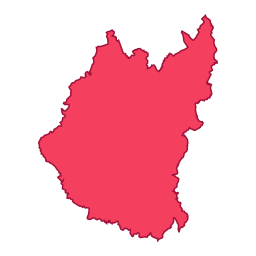 Zimapán, Hidalgo, Mexico (Robinson projection)
{"feature_id": "50627088B91446293521910", "entity_name": "Zimapán", "entity_type": "district", "adm_level": 2, "iso_a3": "MEX", "parent_name": "Mexico", "parent_adm1": "Hidalgo", "projection": "robinson", "projection_center": [-99.362, 20.762], "detail": "fine", "context": "isolated", "style": "filled", "palette": "rose", "viewbox_px": 256, "rotation_deg": 0, "n_neighbors": 0, "source": "geoboundaries", "source_scale": "gbopen_adm2", "svg_char_len": 5782}
<svg xmlns="http://www.w3.org/2000/svg" viewBox="0 0 256 256"><path d="M178.1,165.1L177.9,164.4L178.8,163.6L179.1,162.2L181.6,158.5L183.4,157.0L184.4,152.8L186.2,151.7L187.0,150.5L187.4,148.4L187.1,146.7L187.7,145.6L187.2,144.8L187.8,143.3L187.4,139.5L185.5,136.6L184.8,136.5L185.0,136.0L182.3,135.3L182.3,134.9L183.0,133.7L183.8,133.8L183.5,133.1L184.3,132.0L185.7,131.9L187.2,130.2L188.5,129.8L189.4,127.7L190.6,128.8L192.8,129.3L193.5,130.1L194.9,130.3L200.2,127.4L200.5,126.4L202.3,125.0L203.1,123.0L202.3,121.7L201.6,122.0L198.9,120.9L197.9,119.0L197.0,118.3L197.4,116.7L197.0,116.4L197.0,115.4L196.1,115.1L196.3,114.3L195.4,109.7L195.8,106.6L195.3,105.7L195.5,103.3L197.6,102.8L197.1,103.2L197.7,103.5L199.0,102.2L197.9,101.5L199.2,102.0L200.0,100.4L201.1,99.9L204.3,100.8L204.9,99.6L207.2,99.3L208.2,97.7L209.8,97.8L209.9,96.9L210.8,95.7L210.5,95.0L211.2,95.0L211.8,93.8L210.5,88.2L210.7,86.3L211.5,84.8L209.3,83.5L208.7,83.8L208.9,84.6L207.7,84.2L206.9,83.5L206.9,82.4L207.6,82.7L207.6,81.1L211.0,74.4L209.6,73.1L209.4,72.1L212.4,70.3L211.2,66.7L213.1,64.6L213.9,64.8L214.5,64.4L214.7,62.7L215.7,63.2L217.3,62.9L216.9,61.2L214.0,58.8L214.3,58.0L213.8,56.4L214.3,53.3L215.7,52.0L216.7,50.2L216.3,48.5L215.1,47.0L214.0,44.0L213.8,42.0L214.3,39.9L211.2,36.0L210.7,33.9L211.9,33.0L211.2,31.3L212.4,29.6L212.3,28.7L213.1,28.2L212.8,26.3L212.1,25.8L211.3,26.1L211.5,24.2L210.5,23.2L210.4,21.2L209.6,19.8L206.3,17.6L205.4,15.4L201.8,19.0L203.3,20.4L204.1,22.0L202.7,24.0L200.4,25.8L199.8,28.2L197.6,29.6L199.0,32.2L196.4,36.4L196.3,37.3L193.4,40.1L192.4,40.0L191.6,38.8L190.3,38.0L188.7,35.1L182.0,31.1L181.5,32.3L183.1,35.4L184.0,41.4L188.0,47.4L184.3,49.6L181.0,50.8L178.9,52.6L175.8,53.9L173.5,56.0L170.3,53.4L169.7,53.4L168.7,54.5L168.7,55.9L167.1,56.0L167.2,57.6L164.8,58.3L164.8,59.9L164.3,60.8L163.6,60.6L163.8,61.5L162.2,64.3L162.4,66.2L161.6,66.8L162.1,67.6L160.6,68.6L160.8,69.3L159.7,70.2L159.2,71.5L156.6,70.0L155.3,66.7L153.9,65.0L152.8,65.4L151.9,65.1L151.2,66.7L149.7,67.8L148.3,67.9L148.1,68.5L147.5,68.6L147.6,65.9L146.8,65.6L146.5,64.2L147.5,63.4L147.7,60.8L145.9,58.5L146.1,57.8L148.0,56.0L147.9,53.1L146.9,52.9L145.8,51.7L144.7,52.0L144.0,51.3L143.9,50.4L142.5,50.6L140.2,48.6L137.8,48.7L137.2,49.3L135.8,49.6L136.3,50.0L134.4,50.3L132.7,51.3L133.2,52.7L134.7,53.8L134.4,55.4L132.0,55.2L129.2,58.2L128.3,58.2L128.3,57.2L126.7,56.5L127.0,55.8L125.3,54.8L125.6,53.9L123.2,53.0L118.6,40.2L117.2,41.1L116.2,39.7L116.2,37.4L115.3,37.5L115.3,36.7L113.5,36.0L112.3,36.2L112.3,35.5L113.5,34.9L113.9,34.1L114.2,32.4L113.9,31.4L113.1,31.4L112.1,30.0L110.0,31.3L107.9,31.6L106.4,32.5L107.5,34.1L106.6,36.3L107.8,39.1L108.1,43.6L107.7,44.2L100.9,46.5L97.8,46.5L97.0,47.6L96.4,47.5L96.9,50.2L96.5,52.6L95.2,55.8L92.9,58.1L93.8,60.1L93.6,63.7L92.4,64.4L90.5,70.2L89.6,71.5L89.7,72.4L91.2,73.8L90.8,74.7L89.7,74.9L87.8,71.9L86.6,71.8L85.3,73.3L85.4,75.5L86.0,76.4L85.5,77.1L84.2,77.7L81.0,77.0L80.4,78.6L79.1,79.6L75.8,80.7L74.0,82.8L72.3,82.8L71.2,83.9L70.7,85.4L69.0,86.8L69.7,88.6L71.2,90.4L70.7,93.0L70.9,95.4L66.9,99.3L66.4,101.9L65.6,102.5L64.0,102.5L63.5,103.3L64.6,104.5L68.9,104.5L69.2,106.2L67.7,108.8L64.8,111.2L63.9,110.8L62.1,108.8L61.5,108.9L62.3,113.4L63.3,114.6L64.7,114.9L65.3,116.2L64.9,117.1L62.8,117.8L62.2,121.2L60.1,122.5L61.2,124.0L61.5,125.9L58.5,126.0L57.1,127.7L54.1,129.4L53.7,131.1L52.3,132.6L51.7,132.5L51.2,131.5L50.4,131.5L48.8,134.0L44.3,135.5L43.4,137.1L41.6,137.4L40.6,138.5L40.7,139.8L39.9,140.1L38.7,142.7L39.5,145.8L39.3,147.9L40.9,149.4L40.3,150.7L41.4,152.1L41.2,153.8L43.2,154.7L43.3,156.4L45.2,157.7L46.0,161.1L48.0,161.8L49.0,161.6L50.0,163.0L51.8,163.6L55.3,166.7L57.3,169.8L58.5,170.6L59.0,171.7L58.9,172.7L60.6,173.5L60.8,174.3L60.2,174.9L60.9,175.8L58.7,176.5L57.8,177.3L61.4,181.1L62.5,181.0L63.1,180.4L62.7,181.8L61.3,182.3L61.3,183.8L62.4,184.5L62.7,185.4L62.4,188.7L65.9,190.4L65.2,191.7L65.6,192.8L68.4,193.3L68.3,194.0L67.1,195.0L67.5,195.9L67.0,198.0L68.4,198.4L69.8,197.9L70.9,199.3L72.5,199.7L72.8,201.5L73.6,202.5L79.5,206.1L81.2,206.2L82.6,207.3L84.0,206.3L84.6,207.6L85.2,207.9L87.9,207.7L88.9,208.2L89.2,209.7L88.6,214.2L87.2,217.7L87.7,218.9L89.2,219.4L90.8,219.2L92.9,217.9L93.9,217.9L96.9,219.7L99.2,218.7L100.3,219.2L102.0,221.2L104.2,220.4L104.6,221.9L106.6,223.4L106.5,221.5L108.5,222.5L108.9,220.5L109.9,220.8L109.8,222.2L112.1,223.8L112.6,222.9L113.5,222.6L114.3,222.9L117.6,221.2L118.5,222.7L118.0,224.4L119.9,225.5L119.9,226.8L120.9,229.2L123.0,230.2L124.8,228.4L127.1,228.6L128.7,230.2L130.0,229.5L130.4,231.1L130.1,233.0L131.6,235.7L132.5,236.5L133.4,236.1L133.7,234.1L134.0,233.8L136.7,234.1L137.4,232.9L138.2,232.8L139.0,233.3L139.3,235.0L138.9,236.3L139.8,237.3L140.6,237.6L144.3,236.8L146.4,237.2L147.5,236.9L148.0,235.4L149.3,235.0L150.0,233.2L150.7,232.9L151.6,236.0L153.4,237.2L157.4,238.6L157.8,240.6L159.0,239.1L162.2,237.8L162.7,237.1L162.5,234.6L163.7,233.2L163.9,232.1L165.0,231.5L165.5,230.6L166.5,230.4L167.7,229.0L170.1,228.2L171.1,227.2L170.5,227.0L170.6,226.2L173.5,222.3L173.7,217.8L174.9,218.1L177.1,222.0L177.4,223.3L178.2,224.0L178.6,226.1L178.1,229.0L179.1,232.3L179.6,229.3L181.4,227.0L182.4,227.3L184.3,225.6L184.6,225.2L184.2,224.4L184.8,222.8L186.1,221.9L187.5,219.6L187.9,217.3L187.4,216.5L187.8,216.1L187.7,215.2L186.9,214.5L186.9,213.5L185.2,212.8L184.1,211.2L182.1,211.1L181.9,210.6L182.3,209.7L181.1,207.4L180.3,206.8L180.1,205.8L180.7,203.7L180.6,202.7L178.2,202.0L177.0,199.8L176.0,199.0L177.6,198.6L177.4,197.6L176.8,196.9L176.7,194.2L178.1,193.4L178.2,192.9L177.7,192.5L175.1,193.4L175.2,192.1L173.1,191.1L174.1,190.7L174.7,188.2L176.9,186.9L176.9,184.2L178.2,181.5L178.8,179.0L177.5,177.7L175.4,176.8L175.0,175.9L171.8,174.9L176.8,174.0L177.5,173.4L177.7,172.9L176.5,168.0L177.7,166.1L177.6,165.0L178.1,165.1Z" fill="#f43f5e" stroke="#9f1239" stroke-width="1.5"/></svg>